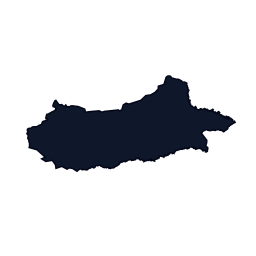 the district of Jordão, Acre, Brazil, rotated 59°
{"feature_id": "56859067B10244849047015", "entity_name": "Jordão", "entity_type": "district", "adm_level": 2, "iso_a3": "BRA", "parent_name": "Brazil", "parent_adm1": "Acre", "projection": "natural_earth1", "projection_center": [-71.804, -9.222], "detail": "fine", "context": "isolated", "style": "filled", "palette": "ink", "viewbox_px": 256, "rotation_deg": 59, "n_neighbors": 0, "source": "geoboundaries", "source_scale": "gbopen_adm2", "svg_char_len": 5835}
<svg xmlns="http://www.w3.org/2000/svg" viewBox="0 0 256 256"><g transform="rotate(59 128 128)"><path d="M188.9,72.0L188.0,71.6L187.7,70.9L187.1,70.7L186.2,69.8L185.1,70.0L184.5,70.4L183.7,70.3L183.1,70.4L182.6,70.1L182.1,69.2L181.0,68.0L180.4,67.8L179.8,67.2L179.1,66.8L169.9,67.8L170.1,67.1L169.5,65.9L169.4,64.5L169.7,61.8L170.2,61.2L171.4,60.5L171.6,59.8L172.1,59.6L172.7,58.8L173.5,56.2L175.0,54.6L175.1,54.1L174.9,53.7L176.1,51.0L177.0,50.7L177.2,50.2L177.9,49.6L178.5,48.7L179.0,48.6L180.4,48.1L180.5,47.4L180.1,46.2L180.3,45.8L180.1,43.4L179.9,42.9L179.6,42.5L179.0,42.2L178.7,41.7L178.7,40.4L178.2,39.2L178.3,38.7L178.1,38.2L178.4,37.6L178.2,35.7L178.4,33.3L177.5,33.3L177.0,33.2L176.8,33.8L175.8,34.7L175.2,34.6L174.6,34.1L174.1,34.5L172.5,35.0L171.7,35.6L172.1,37.5L171.6,38.0L171.2,38.1L170.8,37.9L171.1,37.2L170.8,36.4L170.3,36.0L169.8,36.9L168.5,37.7L168.8,38.5L169.7,39.8L169.1,40.2L168.1,39.6L167.5,39.6L167.0,39.9L166.6,41.1L166.0,41.3L165.6,40.9L165.1,41.0L164.6,41.5L163.8,42.7L163.3,42.7L162.1,41.5L161.6,41.7L160.9,41.7L160.5,42.1L160.7,43.0L161.0,43.5L161.5,43.8L161.6,44.5L160.9,44.8L160.4,44.5L159.2,44.9L159.0,46.5L158.0,46.2L157.1,46.8L156.6,46.3L156.3,45.5L155.6,45.7L155.5,46.1L155.7,47.0L155.6,47.6L156.1,48.0L156.1,48.6L155.5,48.5L155.3,49.5L154.9,49.8L154.5,49.7L154.1,49.9L154.0,50.7L152.6,50.6L152.3,52.1L151.2,52.0L150.8,52.2L150.7,52.9L150.7,53.6L151.0,54.2L149.1,55.5L148.8,55.9L149.0,57.1L148.9,57.9L148.5,58.4L147.4,59.2L146.5,60.4L146.2,60.6L145.8,60.1L145.9,59.5L145.7,59.0L145.1,59.0L144.3,59.2L144.6,59.9L144.6,60.7L144.1,61.4L142.1,61.8L141.8,62.3L141.0,62.6L139.8,62.1L139.5,62.7L138.5,62.3L138.0,61.8L137.2,62.4L136.7,61.8L136.9,61.1L136.6,60.7L136.1,60.6L135.7,61.2L135.2,61.6L134.9,61.2L134.2,61.2L133.5,60.8L132.6,59.9L131.3,59.7L130.7,60.1L130.3,59.7L130.2,59.2L129.9,59.0L128.8,59.2L128.3,59.1L128.4,58.2L127.8,58.0L127.2,56.5L126.8,56.4L126.4,56.9L125.9,57.1L125.6,56.6L125.2,56.7L124.9,56.3L123.9,55.9L123.1,56.1L122.6,55.5L122.2,55.7L120.9,55.4L120.4,54.8L119.9,54.5L117.9,55.7L116.8,57.6L116.4,57.8L116.0,57.7L115.1,57.9L114.9,58.3L114.3,58.4L112.9,59.2L111.8,60.1L111.6,60.8L110.5,62.1L110.0,62.4L109.3,63.3L108.8,63.5L107.9,64.6L107.0,64.9L105.7,64.8L104.5,66.0L104.0,67.1L104.0,68.2L104.1,69.1L109.2,74.8L107.8,80.4L110.3,82.2L110.6,83.7L111.4,86.5L111.3,91.6L109.4,96.0L110.9,102.7L108.0,114.8L105.7,117.0L105.8,120.2L109.2,124.0L109.0,126.5L107.6,126.9L101.6,139.7L101.1,142.1L98.4,143.9L94.3,152.3L92.6,156.3L89.5,155.4L83.9,159.7L80.1,164.6L79.6,166.0L79.7,167.1L78.2,169.4L76.2,169.5L76.8,171.7L73.8,172.7L72.9,174.7L72.3,175.2L67.2,175.6L67.4,176.3L67.1,176.9L67.5,177.4L67.9,177.3L68.2,178.5L69.4,180.1L70.4,181.0L71.2,181.1L71.3,180.6L72.5,180.0L72.9,179.4L74.2,179.8L74.7,180.6L75.2,180.5L75.4,181.8L75.2,183.3L75.3,184.0L75.0,185.1L75.1,186.6L74.9,187.9L75.1,188.9L74.5,190.5L74.9,191.2L77.1,193.3L77.8,193.5L78.0,192.9L78.6,192.8L79.3,192.8L79.6,193.6L78.9,196.5L78.6,197.0L78.6,197.6L78.8,198.2L79.3,199.0L79.8,199.5L80.5,199.8L80.0,202.6L79.8,203.2L80.0,204.2L79.8,205.7L78.0,209.0L77.9,210.0L78.3,211.1L77.3,213.0L77.1,214.0L77.4,215.0L78.4,215.6L79.1,215.5L79.8,215.7L80.2,216.8L80.8,217.6L82.8,217.3L84.1,218.2L85.0,219.1L85.8,219.3L86.9,219.1L88.9,220.0L90.6,220.4L93.1,221.9L93.8,222.8L99.8,217.2L110.4,214.0L110.0,217.9L114.3,215.7L116.7,209.6L122.2,209.1L125.5,210.5L126.8,204.5L131.9,201.4L131.8,199.1L134.0,196.4L138.8,194.0L138.3,190.6L138.9,189.3L139.8,189.1L140.3,188.6L140.4,187.9L140.8,187.5L141.2,186.5L141.9,186.0L142.9,184.5L142.8,183.7L142.5,182.9L142.8,181.2L143.1,180.6L142.6,179.3L142.8,178.7L143.4,178.6L144.5,178.0L144.7,177.3L144.6,176.6L143.7,174.6L144.0,174.1L144.8,173.4L145.1,172.3L145.1,171.5L145.4,171.0L145.8,170.8L146.8,170.9L147.6,170.1L148.8,169.6L149.7,168.8L150.0,168.3L150.1,167.6L151.0,167.0L150.9,165.7L151.3,165.4L151.5,165.0L152.2,165.2L152.8,165.1L152.9,164.3L153.3,164.2L153.7,163.8L153.6,163.0L153.9,162.5L153.8,161.9L154.4,161.6L154.8,160.7L154.6,160.1L154.6,159.7L154.3,159.3L154.6,158.8L154.5,157.9L154.8,157.2L154.7,156.3L154.6,154.7L154.4,153.9L153.9,153.5L153.6,153.0L153.8,152.6L153.5,152.1L153.9,151.8L153.9,151.0L154.3,150.2L153.7,149.9L154.8,148.0L155.5,147.8L155.4,147.3L155.8,145.7L155.5,145.2L155.8,143.6L156.4,142.1L157.5,141.7L157.3,141.3L157.9,140.9L158.3,140.2L158.6,138.9L158.9,138.3L158.9,137.5L158.4,137.4L158.3,136.7L157.8,136.3L158.7,135.1L159.3,135.4L160.0,134.2L160.5,134.1L161.0,134.3L161.3,133.9L161.8,133.9L162.0,133.3L162.0,132.7L162.5,132.2L164.0,131.9L163.9,130.8L164.3,130.4L164.9,130.4L165.1,130.8L165.3,129.4L165.6,128.7L165.9,127.3L166.4,127.1L166.4,125.7L166.1,125.3L166.7,125.2L166.9,124.1L167.4,124.2L167.7,125.2L168.1,124.8L168.2,124.1L167.9,123.6L169.3,123.0L170.1,122.2L169.0,121.6L168.8,121.3L169.2,120.1L169.2,119.1L169.7,118.5L169.3,117.4L169.6,116.7L169.0,116.5L168.5,115.0L170.9,112.4L171.5,112.3L171.3,111.8L170.8,111.5L170.6,110.9L170.1,110.5L171.3,110.1L171.5,108.8L171.6,107.3L170.9,107.0L171.2,106.4L171.7,106.8L171.6,106.2L171.3,105.9L171.5,105.3L170.8,104.8L171.1,104.0L171.5,103.7L171.7,103.2L172.7,103.3L172.7,102.6L173.1,102.0L173.5,101.7L172.9,101.3L173.0,100.8L172.6,100.4L172.5,99.7L172.1,99.3L172.0,98.8L172.1,98.2L172.5,97.5L172.4,96.8L172.8,96.1L172.7,95.2L173.2,94.8L173.1,93.9L173.3,92.8L173.8,92.9L174.1,92.6L174.3,92.2L174.2,91.3L174.6,90.8L174.8,90.2L174.2,89.3L174.6,88.9L175.3,88.7L175.8,87.6L176.3,87.9L176.6,87.4L176.4,86.7L176.7,85.8L176.1,85.6L175.9,85.0L177.1,83.3L177.5,82.4L178.1,82.5L178.5,81.9L179.1,82.2L179.7,81.8L179.7,80.6L180.1,80.4L180.6,80.9L181.1,80.9L181.5,79.3L181.3,78.8L181.7,78.4L182.0,77.6L182.4,77.2L182.4,76.3L183.8,76.2L184.1,75.5L184.7,75.5L185.2,75.7L185.5,75.0L186.2,75.5L186.5,75.0L186.3,74.3L187.1,73.6L187.2,73.1L188.3,73.9L188.7,73.6L188.9,73.1L188.9,72.0Z" fill="#0f172a" stroke="#020617" stroke-width="1.5"/></g></svg>